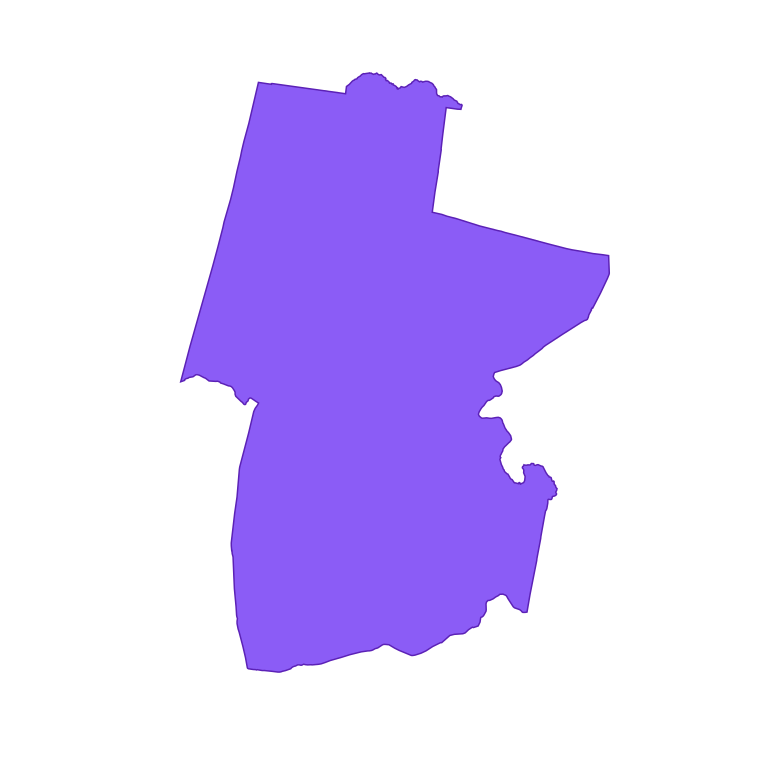 Balaci, Teleorman, Romania (Albers equal-area conic projection), rotated 281°
{"feature_id": "2599482B69496145689", "entity_name": "Balaci", "entity_type": "district", "adm_level": 2, "iso_a3": "ROU", "parent_name": "Romania", "parent_adm1": "Teleorman", "projection": "albers", "projection_center": [24.893, 44.347], "detail": "fine", "context": "isolated", "style": "filled", "palette": "violet", "viewbox_px": 768, "rotation_deg": 281, "n_neighbors": 0, "source": "geoboundaries", "source_scale": "gbopen_adm2", "svg_char_len": 6135}
<svg xmlns="http://www.w3.org/2000/svg" viewBox="0 0 768 768"><g transform="rotate(281 384 384)"><path d="M187.4,567.9L205.3,567.5L239.6,567.6L242.0,567.4L262.2,567.3L264.2,567.1L284.7,566.8L290.3,566.8L291.5,567.4L293.0,567.6L298.4,567.5L301.3,567.0L302.0,567.2L302.2,567.5L302.3,569.3L302.7,570.4L303.4,570.7L305.7,570.8L306.7,573.0L308.1,574.3L309.0,574.4L310.6,573.2L312.6,573.8L314.4,573.8L314.7,573.1L315.6,572.3L316.9,571.8L318.2,570.2L320.8,569.5L321.1,568.9L320.7,568.3L320.7,567.8L321.0,567.4L324.0,565.9L324.3,565.2L324.2,563.9L325.0,563.5L325.3,562.6L325.6,562.2L327.9,559.9L333.2,555.8L333.5,554.9L333.5,553.7L334.2,550.8L334.0,549.8L333.0,548.3L332.9,547.3L333.1,546.8L334.3,546.2L334.4,545.9L334.1,543.8L332.7,543.1L332.4,542.7L332.0,540.4L331.7,540.1L331.5,539.4L331.2,537.5L331.4,536.8L330.3,536.6L329.2,535.8L328.1,535.8L327.0,537.1L326.0,537.7L323.5,538.0L320.1,540.2L316.3,540.5L315.0,540.3L313.8,539.8L311.8,537.0L312.9,536.3L313.1,535.8L312.9,535.3L311.9,535.3L311.8,535.1L312.0,532.0L311.9,530.8L314.6,528.0L315.0,526.6L315.4,526.0L316.4,525.3L319.2,522.8L319.3,521.9L321.1,519.0L322.5,518.3L323.6,517.0L324.8,516.5L327.3,514.6L332.2,512.1L334.0,512.7L334.6,511.9L336.4,511.9L337.8,512.5L338.7,512.6L340.8,513.3L343.0,513.3L345.6,514.5L346.2,515.0L350.3,517.8L350.9,518.4L353.3,519.6L354.1,519.7L357.4,518.2L360.3,515.2L360.9,514.1L364.0,511.1L367.5,508.9L368.4,508.1L371.0,506.9L372.1,505.8L372.9,504.5L373.1,502.5L372.5,500.5L370.8,496.1L370.5,494.2L370.4,491.3L369.2,487.2L369.3,486.1L370.6,483.7L372.0,482.6L373.2,482.5L375.0,482.8L378.4,484.0L380.0,484.8L382.0,486.2L386.0,487.9L387.2,488.7L387.8,489.3L388.0,490.4L388.7,491.4L391.4,494.0L392.3,494.2L392.7,494.6L393.6,496.3L393.8,498.5L394.3,499.5L396.0,500.9L397.2,501.3L399.6,501.4L403.0,500.0L405.6,498.3L407.2,496.4L408.2,493.7L409.3,492.1L410.5,490.9L412.2,489.8L415.0,490.0L416.4,490.4L419.4,495.9L426.5,510.6L428.5,513.9L429.9,515.3L432.2,517.2L435.0,520.2L437.7,522.4L440.5,525.1L442.4,526.5L449.0,532.4L450.7,533.4L452.8,535.3L466.7,549.6L481.8,565.5L484.6,568.8L485.2,570.1L486.3,571.3L488.6,571.8L491.0,571.9L496.2,573.5L496.4,573.2L497.0,573.3L498.6,573.9L498.4,574.4L514.3,579.1L530.4,583.2L534.5,584.0L535.8,584.0L552.9,580.0L552.6,573.4L551.9,564.2L551.9,553.6L551.6,543.0L551.7,537.3L552.8,519.2L555.2,484.7L555.8,473.9L556.3,469.7L556.3,466.6L557.4,447.5L560.1,423.9L560.7,413.9L561.5,408.5L561.8,398.6L582.1,397.4L602.7,396.8L603.7,396.5L624.9,395.5L625.7,395.2L639.8,394.1L667.2,392.3L667.8,403.5L668.3,407.1L669.2,407.1L672.3,407.5L673.1,407.0L673.2,406.6L672.7,405.4L673.2,404.7L673.5,403.1L674.7,402.3L675.1,401.7L675.5,401.5L676.2,398.7L677.3,397.3L678.1,395.6L678.6,394.6L679.0,392.5L679.3,391.8L679.3,391.3L678.7,390.1L678.2,387.7L677.8,387.0L676.7,386.3L676.9,385.6L676.6,384.4L676.7,384.0L677.2,383.4L677.4,382.9L677.4,381.6L678.7,380.5L679.6,380.1L683.0,379.4L683.5,379.0L684.0,378.3L685.4,377.2L686.4,375.8L687.2,375.4L687.9,374.4L688.4,373.5L689.0,370.8L689.4,370.3L689.4,368.6L689.1,367.0L688.2,365.2L687.7,364.4L688.2,363.4L688.2,362.4L688.0,361.8L687.5,361.4L687.4,361.1L688.2,359.4L688.7,358.8L688.8,358.3L688.6,357.3L688.8,356.9L688.3,356.0L686.9,355.3L685.4,353.8L684.4,353.7L682.3,351.1L680.4,349.4L679.0,347.3L679.2,344.1L677.5,343.2L676.9,341.8L676.3,341.7L676.2,341.4L676.2,340.9L676.4,340.5L677.5,340.5L677.6,339.8L678.3,339.3L679.2,337.1L679.3,336.0L680.4,335.6L680.0,334.2L680.8,333.5L680.4,332.0L681.1,331.7L682.3,329.9L682.6,329.0L682.2,328.6L682.2,328.3L683.6,327.3L684.3,327.5L684.6,327.2L685.1,326.4L685.1,325.2L685.8,324.4L686.6,323.0L687.1,322.6L687.2,322.1L686.7,321.2L686.5,320.3L686.8,319.2L687.7,317.9L687.8,317.5L686.5,316.0L686.5,315.3L685.9,314.5L686.3,313.5L686.4,312.7L686.8,311.9L686.3,310.8L686.6,310.2L686.3,309.9L685.7,308.1L684.8,305.6L684.7,304.5L683.3,302.9L681.6,301.9L681.3,301.3L679.6,299.6L678.4,299.2L677.5,297.3L676.7,296.9L676.3,296.1L675.1,295.0L671.5,292.8L668.9,290.4L661.6,290.9L657.6,217.0L657.4,216.2L656.7,216.3L656.1,203.2L614.2,201.6L595.3,200.2L585.6,199.8L580.1,199.8L565.0,199.1L548.0,198.8L535.9,198.2L512.6,196.1L506.7,196.0L486.8,194.8L467.2,193.4L384.0,186.4L347.4,184.0L349.5,187.6L350.3,187.5L351.4,188.6L352.3,190.5L353.3,191.5L354.6,195.0L355.0,195.5L357.1,197.4L357.5,198.6L357.5,199.8L357.4,201.1L355.9,206.0L355.6,207.7L353.6,211.7L354.5,218.6L354.9,219.7L354.9,220.6L354.6,222.5L353.8,223.4L353.5,226.2L352.5,231.6L352.6,233.0L352.4,234.3L351.5,235.9L348.9,238.4L347.5,239.4L345.5,239.8L343.7,240.8L339.6,247.1L339.0,248.4L337.5,250.2L337.2,250.9L337.4,251.7L337.9,252.1L339.6,252.3L341.5,253.8L343.2,253.8L344.5,254.8L344.8,255.5L344.7,256.5L342.2,262.3L341.4,264.5L339.2,263.9L335.5,262.2L332.1,261.4L310.3,260.5L275.0,258.2L272.7,258.3L244.9,261.3L228.5,262.1L198.8,264.4L195.9,265.0L191.4,266.3L191.5,266.5L188.4,267.4L185.5,268.8L154.5,276.2L137.1,281.3L129.0,283.4L127.4,284.0L125.8,284.9L123.2,285.0L120.7,285.5L115.8,287.5L112.5,289.3L99.4,295.6L89.1,300.2L79.4,304.0L78.9,304.4L78.6,305.3L78.8,310.3L79.1,312.1L79.0,313.6L79.4,314.0L79.5,319.2L79.9,321.1L80.6,329.0L81.0,335.0L81.4,336.8L82.0,338.2L82.6,339.1L83.9,342.0L86.7,346.8L87.7,347.3L88.8,348.3L89.8,349.8L90.3,351.0L91.8,352.8L92.1,354.2L92.1,356.3L92.5,357.2L93.5,358.4L93.6,358.8L93.5,360.5L93.7,362.7L94.5,365.9L94.6,366.5L94.5,366.8L96.3,373.0L97.3,375.7L99.4,379.4L102.3,384.0L107.9,395.0L111.8,402.2L116.7,412.7L118.9,419.0L119.3,420.7L120.1,422.7L121.1,424.2L122.4,425.6L123.7,428.2L127.7,432.3L128.2,433.1L128.6,434.5L129.0,438.6L126.7,445.0L125.4,449.7L122.8,462.4L122.8,463.2L123.1,464.3L123.8,466.2L126.8,471.7L130.1,476.2L135.6,481.9L140.4,488.2L141.0,489.2L141.1,490.0L149.7,496.6L151.7,500.8L153.9,509.1L155.2,511.2L159.0,513.9L162.1,517.1L162.0,518.3L164.4,522.6L168.6,523.7L173.1,523.5L173.5,523.7L174.1,524.8L175.2,525.7L176.3,526.2L180.4,527.5L181.9,527.4L187.6,526.1L189.5,526.2L191.3,527.3L191.8,529.1L194.0,532.2L196.3,534.3L198.1,536.6L199.7,537.9L200.4,540.9L199.8,543.9L199.2,544.8L196.6,547.0L190.8,552.6L190.0,553.4L189.2,554.8L188.4,560.2L187.7,561.7L186.5,563.2L186.3,564.0L186.7,566.0L187.4,567.9Z" fill="#8b5cf6" stroke="#5b21b6" stroke-width="1.5"/></g></svg>